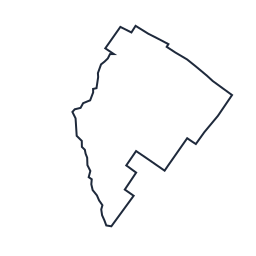 the district of Ilópolis, Rio Grande do Sul, Brazil, rotated 306°
{"feature_id": "56859067B77513058167029", "entity_name": "Ilópolis", "entity_type": "district", "adm_level": 2, "iso_a3": "BRA", "parent_name": "Brazil", "parent_adm1": "Rio Grande do Sul", "projection": "mercator", "projection_center": [-52.146, -28.929], "detail": "fine", "context": "isolated", "style": "outline", "palette": "slate", "viewbox_px": 256, "rotation_deg": 306, "n_neighbors": 0, "source": "geoboundaries", "source_scale": "gbopen_adm2", "svg_char_len": 885}
<svg xmlns="http://www.w3.org/2000/svg" viewBox="0 0 256 256"><g transform="rotate(306 128 128)"><path d="M205.3,62.4L179.1,62.8L179.5,73.1L177.2,70.0L172.4,70.8L167.9,70.0L163.6,68.8L154.7,71.4L151.7,73.9L141.7,79.1L139.1,76.8L136.3,78.9L128.2,81.1L121.7,77.1L116.4,77.8L111.8,73.9L108.3,73.6L105.0,79.9L91.5,91.1L90.4,98.2L85.6,101.8L85.0,105.9L82.3,108.8L80.0,112.4L74.1,117.0L71.1,122.8L65.1,125.1L65.2,128.8L60.9,131.4L57.0,135.9L55.2,142.5L52.4,147.2L50.5,152.7L46.4,154.2L42.2,158.3L39.4,163.2L36.4,167.7L38.7,172.3L76.5,172.4L76.3,161.6L96.7,160.8L96.7,148.6L114.1,148.1L114.5,161.0L115.0,182.7L121.5,182.5L154.5,181.9L154.7,188.1L154.9,192.3L169.6,192.2L190.7,193.6L215.8,192.8L215.8,169.0L216.7,161.2L217.7,146.1L218.2,135.5L216.9,121.8L216.4,111.6L219.6,111.4L217.8,99.1L216.2,89.1L215.1,74.1L207.3,74.6L205.3,62.4Z" fill="none" stroke="#1e293b" stroke-width="2"/></g></svg>